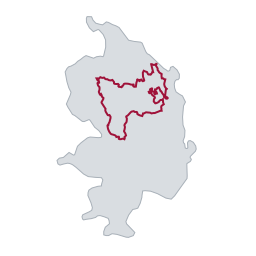 where Bern sits in Switzerland, rotated 93°
{"feature_id": "CHE-3424", "entity_name": "Bern", "entity_type": "Canton", "adm_level": 1, "iso_a3": "CHE", "parent_name": "Switzerland", "parent_adm1": "", "projection": "mercator", "projection_center": [7.53, 46.838], "detail": "fine", "context": "in_parent", "style": "outline", "palette": "rose", "viewbox_px": 256, "rotation_deg": 93, "n_neighbors": 0, "source": "natural_earth", "source_scale": "10m", "svg_char_len": 7758}
<svg xmlns="http://www.w3.org/2000/svg" viewBox="0 0 256 256"><g transform="rotate(93 128 128)"><path d="M191.9,77.0L193.3,77.9L196.8,81.1L196.0,86.5L192.0,95.2L189.9,102.2L189.7,107.6L190.1,110.1L190.8,110.1L194.6,110.5L196.5,110.5L202.6,111.9L207.5,114.0L208.4,116.3L209.1,119.0L214.9,122.8L221.5,125.2L223.8,124.4L232.0,115.7L235.2,117.1L237.2,121.8L237.1,124.2L234.8,133.5L234.4,138.4L236.4,141.7L236.6,144.2L236.0,146.6L232.7,146.8L228.3,145.5L224.6,141.5L221.7,142.0L219.3,143.0L218.0,146.8L216.9,151.3L217.3,153.8L219.0,155.7L220.4,159.8L221.4,165.1L222.1,167.5L221.3,168.6L219.0,169.3L217.0,168.6L213.7,162.3L212.1,159.9L209.4,159.4L204.7,161.0L197.5,164.5L194.6,164.5L192.1,163.8L189.8,160.8L187.8,155.0L187.2,151.4L185.8,151.5L181.2,150.4L179.0,151.9L179.0,157.8L178.6,165.2L176.3,169.9L169.8,178.1L167.4,181.7L166.5,184.3L166.3,186.5L167.3,190.3L168.6,194.0L167.5,196.1L164.1,197.2L161.7,195.0L160.8,191.0L155.5,185.6L157.9,181.0L157.5,179.9L148.9,177.5L145.2,174.1L140.0,168.0L139.0,165.4L139.2,157.0L138.9,154.9L138.2,153.9L135.7,154.0L132.2,156.9L129.0,161.3L122.3,166.3L121.6,167.3L123.9,172.1L123.8,174.0L118.4,181.7L117.3,184.2L110.5,189.0L107.3,190.8L97.8,187.3L95.2,186.8L91.0,189.2L84.9,191.4L75.3,193.7L71.7,192.0L70.0,190.5L69.2,188.2L66.7,184.1L64.0,181.7L62.1,179.0L59.5,176.1L57.9,173.7L60.1,166.0L58.5,163.2L57.7,159.3L58.1,156.7L57.2,156.1L48.4,154.5L41.2,155.0L36.0,157.6L31.7,161.9L31.2,162.9L31.5,163.6L33.6,167.6L30.0,171.8L24.5,175.0L20.6,175.3L18.9,174.7L18.8,170.2L22.1,168.6L25.0,165.7L25.9,161.6L26.3,158.7L23.2,155.2L23.6,153.0L25.5,149.0L26.6,145.4L28.1,142.2L34.2,137.1L40.3,132.0L41.2,126.5L41.6,119.9L42.5,118.3L50.7,114.3L52.8,112.7L53.8,110.4L60.2,102.9L66.6,95.5L67.9,93.0L69.0,91.5L69.0,90.3L68.2,89.3L65.2,88.7L64.1,86.3L67.4,82.1L71.6,79.5L75.6,79.4L77.2,80.6L77.1,82.0L78.9,83.6L81.9,84.1L85.7,83.5L89.4,81.9L91.7,78.2L93.1,75.3L99.0,72.0L103.0,73.7L114.1,74.1L122.2,73.2L127.3,71.0L133.6,71.0L137.9,72.3L138.6,72.1L139.8,71.8L140.9,70.6L144.9,69.8L145.4,68.8L145.3,67.8L144.6,67.2L139.7,67.8L137.8,67.0L137.3,65.2L138.9,62.0L142.5,59.4L145.5,58.8L147.7,59.5L153.1,64.3L154.4,64.4L155.2,63.6L156.3,63.1L158.1,64.0L160.2,67.0L160.6,67.4L172.6,66.4L175.3,66.4L183.4,71.6L191.9,77.0Z" fill="#d9dde1" stroke="#a8b0b8" stroke-width="1"/><path d="M139.4,131.0L139.0,132.0L138.9,132.3L139.0,133.0L139.1,133.4L139.4,134.0L139.5,134.3L139.5,134.7L139.6,135.0L139.6,135.6L139.5,136.3L139.3,136.6L139.0,136.7L138.6,136.6L137.8,136.4L137.5,136.5L137.2,136.7L137.2,137.6L137.4,138.2L137.6,139.1L137.1,139.2L136.1,140.3L135.9,140.9L135.7,141.5L135.4,142.6L135.1,144.1L134.9,144.5L134.7,144.9L134.2,145.4L133.4,145.9L132.9,146.4L130.6,147.6L129.5,148.0L126.9,148.6L126.6,148.6L126.4,148.5L126.2,148.4L126.2,148.1L126.2,147.8L124.8,147.6L123.6,147.1L123.2,146.8L119.1,146.0L117.8,146.0L116.2,147.0L116.0,147.3L116.3,148.0L116.3,148.4L116.2,148.8L116.0,149.0L114.7,149.9L112.9,151.1L111.9,151.5L111.4,151.6L110.7,151.6L110.1,151.4L104.2,155.7L103.6,155.8L100.4,154.2L99.4,154.1L99.1,154.2L99.0,154.4L98.9,154.8L98.8,155.0L98.2,155.4L98.1,155.6L96.4,156.1L95.3,156.8L95.6,157.2L96.2,157.5L95.5,158.1L93.8,158.9L93.4,159.0L93.1,159.0L91.5,158.5L89.4,158.5L88.7,158.7L88.4,158.8L88.0,159.4L86.9,160.2L85.0,160.8L84.7,160.7L84.4,160.6L84.4,160.4L84.4,159.8L84.4,159.3L84.3,159.2L84.0,159.2L82.4,159.7L82.2,159.8L82.1,160.4L81.8,161.0L80.1,162.0L80.0,160.6L80.1,160.3L80.3,159.9L80.3,159.7L80.2,159.5L79.9,159.4L79.2,158.6L78.7,158.3L79.3,156.5L79.3,156.1L79.2,155.6L79.0,155.2L78.9,154.5L79.0,154.3L79.8,153.8L80.2,153.2L80.4,152.7L80.5,152.3L80.3,151.4L80.4,151.1L80.5,150.8L80.8,150.5L81.1,149.8L81.3,149.2L81.3,148.6L81.3,148.2L81.4,147.7L81.3,147.4L81.3,147.2L81.0,146.7L80.8,146.1L82.8,144.4L84.1,144.3L84.3,144.2L84.5,143.9L84.6,143.3L84.7,142.3L84.5,140.2L85.1,139.6L85.3,139.4L86.0,139.6L86.4,139.8L86.8,139.8L87.2,139.3L87.4,139.1L87.3,138.8L87.5,137.1L87.6,136.6L87.0,136.1L86.9,136.0L86.8,135.8L86.6,135.8L86.4,135.8L86.2,135.8L86.1,135.6L85.9,135.3L85.4,134.9L85.2,134.8L84.4,134.5L84.2,134.3L84.1,134.1L83.9,133.6L83.8,132.5L83.8,130.7L83.9,129.5L84.5,127.2L84.5,126.1L84.4,125.4L84.3,125.1L84.3,124.8L84.7,124.6L84.9,124.6L85.0,124.7L85.0,124.8L85.3,125.0L85.6,125.1L85.8,124.9L86.3,124.5L86.5,123.9L86.3,122.3L82.4,122.0L79.9,121.3L79.4,121.4L79.2,121.4L79.0,121.1L79.3,120.4L79.4,120.0L79.5,119.6L79.4,118.8L79.3,118.4L79.3,118.1L79.2,117.8L78.9,117.3L78.9,117.1L79.0,117.0L79.6,116.7L79.9,116.5L80.4,115.9L80.5,115.6L80.2,115.1L80.1,114.7L79.9,114.4L79.5,114.3L75.9,115.7L72.0,116.1L70.0,115.3L70.5,114.0L70.7,113.5L71.0,112.3L71.1,112.0L71.3,111.8L72.4,111.3L72.9,110.9L73.3,110.7L73.5,110.3L73.5,109.9L73.4,109.3L73.2,108.8L73.3,108.7L73.6,108.5L73.6,108.4L73.4,108.0L73.0,107.7L71.6,106.9L70.9,106.7L70.9,105.8L63.1,108.2L63.0,107.7L63.1,107.2L63.3,106.9L63.4,106.7L63.6,105.8L63.7,105.4L63.6,105.1L63.5,104.7L63.2,104.1L62.7,103.3L61.7,102.8L63.0,102.9L63.4,103.2L63.6,103.4L63.8,103.5L64.2,103.4L64.7,103.1L66.5,101.8L67.1,101.5L68.2,101.5L68.7,101.4L69.2,100.9L69.6,100.5L70.4,100.1L70.9,99.6L71.3,99.1L71.5,98.7L71.9,98.1L72.0,97.8L72.1,97.4L72.3,97.2L72.6,97.2L74.1,97.3L76.5,96.9L76.8,96.6L76.7,96.3L76.6,95.8L76.6,95.6L76.6,95.4L76.7,95.2L77.2,94.8L77.4,94.6L77.5,94.4L77.4,94.0L77.5,93.3L81.6,94.1L82.5,94.1L83.3,93.9L84.5,93.5L85.1,93.1L85.5,92.8L85.7,92.6L85.9,92.4L86.3,92.3L86.5,92.0L86.7,91.8L86.8,91.5L86.9,91.3L87.1,91.4L87.4,92.0L87.8,92.2L93.2,92.6L96.1,91.8L95.7,92.9L95.4,93.2L95.0,93.6L93.4,94.1L93.0,94.3L92.6,94.6L92.0,95.2L91.6,95.6L90.5,96.1L89.5,96.9L89.6,97.4L86.0,99.1L85.8,99.4L86.1,100.0L86.3,100.3L86.4,100.7L86.5,100.9L86.8,101.0L87.3,101.2L87.5,101.4L87.7,101.6L88.0,102.4L88.0,102.7L88.0,103.0L88.4,103.1L88.9,103.0L89.3,102.8L89.7,102.3L90.1,101.9L90.4,101.6L90.8,101.5L91.1,101.2L91.4,101.1L92.1,100.9L92.3,101.8L92.3,102.2L92.5,102.4L92.7,102.6L92.9,102.8L92.7,103.2L92.2,103.6L91.8,103.6L91.6,103.6L91.3,103.4L91.2,103.4L90.6,103.9L90.3,104.3L90.2,104.7L90.3,105.4L90.3,105.7L89.9,105.9L89.1,106.1L88.8,106.2L88.3,106.0L88.0,106.1L87.5,106.0L87.3,106.0L87.2,106.3L87.3,106.5L87.6,107.1L87.9,107.7L88.2,107.9L88.3,108.0L89.7,107.6L90.1,107.5L90.3,108.2L90.7,109.2L91.6,108.9L91.9,108.7L92.1,108.4L92.1,108.0L92.0,107.7L91.8,107.1L91.8,106.8L92.0,106.6L93.3,105.9L94.0,105.3L95.2,103.4L95.9,102.8L96.5,102.7L97.8,103.6L100.0,103.7L100.3,103.6L100.8,103.1L101.1,102.6L101.6,102.4L101.7,102.2L101.9,102.0L101.9,101.8L101.8,101.4L101.6,100.8L100.9,99.5L100.1,98.4L99.2,98.0L98.3,96.9L98.3,96.3L98.1,95.5L97.4,94.7L100.6,94.3L102.4,93.5L104.0,95.5L104.6,95.9L106.0,95.9L106.9,95.6L107.4,95.7L109.0,95.3L109.2,96.7L109.2,96.9L109.8,98.0L111.1,100.9L111.3,101.3L111.6,101.9L111.7,102.5L111.7,103.2L112.2,105.4L111.8,106.1L111.6,106.6L111.5,107.3L111.5,108.7L111.4,110.2L111.4,110.6L111.5,111.1L111.9,111.7L112.3,112.3L112.5,112.6L112.7,113.8L114.0,113.9L114.3,114.2L115.3,114.4L115.0,116.0L114.9,116.3L114.7,117.0L114.5,117.4L114.4,117.6L114.3,118.0L114.3,118.3L114.2,118.4L113.9,118.6L113.7,119.0L113.6,119.3L113.3,119.5L113.1,119.5L112.7,119.4L112.2,119.7L111.8,119.8L111.6,120.0L111.5,120.3L111.5,120.7L111.6,121.6L111.6,122.1L111.4,122.5L111.0,122.9L110.9,123.3L111.3,124.7L111.4,125.2L112.1,126.1L115.3,128.7L115.9,129.5L116.5,130.3L116.9,130.4L117.2,130.3L118.0,129.9L118.8,129.6L121.3,129.7L122.3,129.9L124.4,131.4L125.0,131.6L125.4,131.7L125.6,131.7L126.8,131.2L127.3,131.1L129.9,131.4L130.8,131.7L131.3,131.8L131.8,131.6L133.5,130.4L135.6,129.6L137.2,131.0L137.5,130.8L138.2,130.7L138.4,130.7L139.4,131.0ZM80.2,119.3L80.4,119.3L80.6,119.0L80.5,118.8L79.8,119.0L80.0,119.3L80.2,119.3ZM96.0,89.9L96.3,90.0L96.6,90.4L96.7,90.7L96.7,91.0L96.7,91.4L96.6,91.6L96.2,91.6L95.3,91.5L95.1,91.4L95.1,91.2L95.2,90.7L96.0,89.9Z" fill="none" stroke="#9f1239" stroke-width="2"/></g></svg>